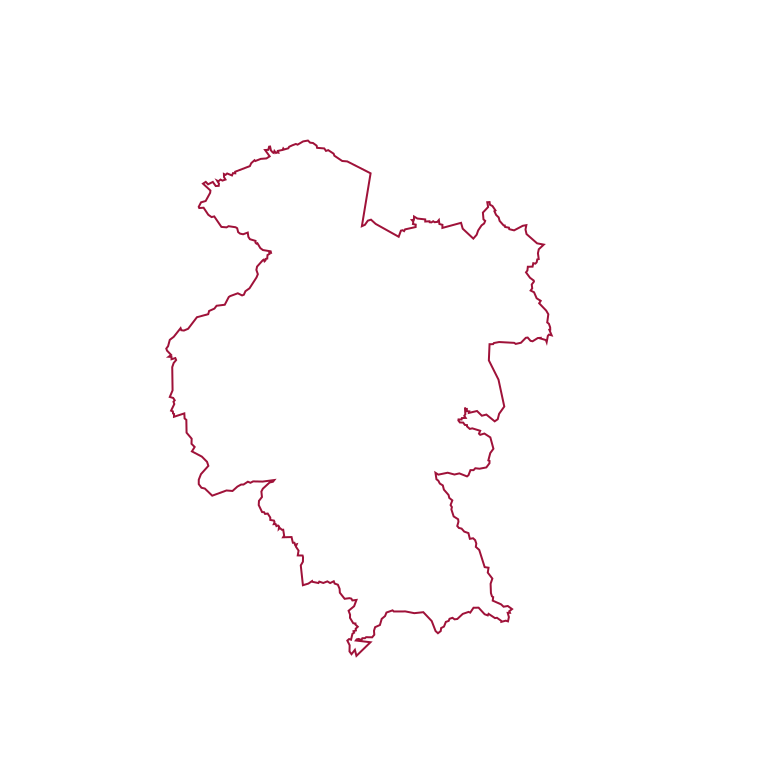 Casimiro Castillo, Jalisco, Mexico (orthographic projection), rotated 147°
{"feature_id": "50627088B6848821284294", "entity_name": "Casimiro Castillo", "entity_type": "district", "adm_level": 2, "iso_a3": "MEX", "parent_name": "Mexico", "parent_adm1": "Jalisco", "projection": "orthographic", "projection_center": [-104.478, 19.614], "detail": "fine", "context": "isolated", "style": "outline", "palette": "rose", "viewbox_px": 768, "rotation_deg": 147, "n_neighbors": 0, "source": "geoboundaries", "source_scale": "gbopen_adm2", "svg_char_len": 6154}
<svg xmlns="http://www.w3.org/2000/svg" viewBox="0 0 768 768"><g transform="rotate(147 384 384)"><path d="M409.3,117.4L406.2,120.5L404.9,124.7L403.0,123.5L402.7,125.2L399.2,125.5L401.1,130.4L405.0,132.1L405.8,135.4L410.8,143.1L408.5,145.8L409.1,147.1L408.2,150.4L403.4,158.4L399.1,161.8L399.7,169.3L396.4,173.0L399.3,175.6L394.5,193.0L395.7,197.4L393.5,199.9L392.6,203.4L393.3,206.1L396.3,207.4L394.4,213.0L397.1,216.5L397.7,220.5L399.6,222.5L399.9,225.0L396.6,227.9L395.5,230.2L397.7,235.0L395.8,242.1L394.1,243.8L394.1,246.2L390.1,249.2L391.3,252.9L390.3,255.8L391.3,262.8L389.9,266.9L391.4,270.1L391.1,273.4L391.9,275.5L389.2,281.5L387.8,278.4L378.9,274.9L374.2,269.7L369.5,268.0L364.7,261.3L362.8,261.5L358.4,264.7L355.8,263.0L353.3,263.6L350.0,260.9L343.6,258.3L338.7,260.1L337.4,262.0L338.1,263.1L332.5,268.2L327.5,270.1L323.9,281.3L326.8,287.8L331.0,289.0L331.4,290.6L328.8,292.4L334.1,298.7L336.5,299.6L337.5,303.2L336.8,304.3L338.5,305.7L338.6,308.5L341.3,310.4L341.5,312.9L340.8,313.7L338.3,312.0L337.3,313.0L334.0,311.1L334.0,313.6L332.3,314.3L328.9,320.2L329.2,318.7L328.1,318.0L329.3,316.0L327.4,314.6L328.5,313.5L320.7,310.7L319.2,304.1L314.8,302.6L311.5,292.4L307.8,292.5L303.7,296.3L295.4,299.6L285.6,325.3L283.2,346.7L273.8,359.9L270.8,358.0L269.5,358.5L264.6,356.5L252.4,347.6L251.7,345.9L246.7,344.0L239.9,345.5L238.2,344.7L237.6,340.4L236.1,338.9L230.0,338.8L227.7,337.5L228.2,337.2L224.3,332.7L224.8,330.5L220.4,335.1L218.8,335.6L216.9,333.5L215.8,339.4L215.0,339.0L213.8,341.0L212.9,344.7L213.6,346.7L208.2,353.0L208.0,357.3L209.9,367.2L207.3,368.4L209.3,372.7L208.2,379.2L210.1,382.5L207.6,383.5L205.9,387.0L202.5,388.2L202.1,389.2L203.7,393.6L204.1,400.3L201.9,401.1L199.5,404.0L195.5,401.5L193.0,404.0L191.5,402.5L189.7,402.9L187.6,405.0L186.2,404.5L183.7,409.8L180.8,412.7L174.1,413.9L179.0,418.6L182.8,432.1L181.2,436.5L178.1,439.7L181.4,441.1L191.2,442.0L194.6,445.6L194.1,447.1L196.9,449.7L196.4,451.2L197.3,451.8L198.2,457.8L197.1,461.3L197.9,464.8L197.3,468.8L196.0,468.8L196.1,474.2L197.5,476.6L196.4,479.1L198.4,480.2L200.3,475.7L207.7,473.9L210.9,467.9L210.3,465.7L212.6,464.1L215.8,463.9L221.4,461.5L225.0,458.7L229.9,457.3L233.4,471.4L231.6,477.2L250.0,483.1L248.3,485.7L250.4,488.0L248.7,491.6L251.0,490.9L253.5,492.2L254.1,493.7L256.2,493.7L257.6,494.8L257.2,495.7L260.9,497.8L259.8,499.6L265.9,504.6L267.6,508.1L269.5,505.4L271.3,506.3L271.0,504.2L272.6,502.4L270.6,500.4L272.0,498.4L282.1,502.2L283.9,501.3L284.6,502.8L286.3,503.4L291.5,499.5L303.8,522.8L305.4,528.9L308.6,529.8L313.3,527.9L316.6,528.4L280.5,568.0L293.6,590.7L297.6,593.8L301.3,602.5L300.8,604.6L303.4,610.5L305.7,611.1L305.8,614.1L311.5,618.5L310.7,620.6L312.3,624.8L314.5,626.6L315.2,629.6L319.7,631.5L326.1,631.8L327.2,633.3L330.8,634.1L334.3,634.6L335.9,633.8L340.1,635.1L340.2,636.4L341.5,635.5L346.0,637.3L346.6,635.5L348.2,637.0L348.7,635.8L349.0,639.1L350.6,637.8L351.2,638.8L351.6,641.5L350.2,645.2L351.1,645.6L353.5,643.4L356.3,645.0L355.9,637.2L359.7,637.2L364.7,639.9L370.5,641.1L370.7,642.2L375.1,641.5L377.8,639.8L393.2,643.1L394.0,641.7L395.8,643.1L397.9,641.7L400.9,646.0L403.0,645.7L403.9,647.3L405.5,644.6L405.6,641.8L408.7,642.6L409.8,644.5L412.5,644.2L413.2,645.4L413.3,641.9L414.7,640.2L417.3,641.7L417.5,646.7L422.8,647.3L423.4,650.6L426.7,650.6L424.2,640.8L425.7,639.0L433.9,634.6L438.5,636.0L442.9,633.5L443.1,632.2L439.3,630.1L439.2,621.6L437.7,617.9L435.1,617.0L434.8,604.3L430.7,601.1L428.4,601.0L423.1,596.3L422.3,594.6L423.6,590.8L422.8,588.5L420.6,586.3L415.8,585.2L417.6,581.3L417.6,578.5L413.8,574.0L414.8,572.6L414.5,571.1L413.5,571.0L413.7,565.3L412.6,562.3L406.8,557.0L407.3,555.6L408.7,556.5L409.1,555.5L411.5,555.6L413.6,552.8L414.9,553.3L416.2,552.2L417.4,552.0L417.1,553.8L418.3,553.8L426.5,551.6L428.9,549.2L430.0,544.8L432.9,542.8L444.7,537.5L449.7,537.3L452.9,535.2L454.8,535.6L457.2,539.7L465.1,541.5L466.8,541.5L474.4,537.2L481.8,540.8L485.2,539.6L490.9,540.5L493.4,538.3L504.5,541.9L518.2,537.0L522.7,537.8L524.7,539.5L524.2,541.6L534.6,538.1L539.6,537.7L544.5,533.3L547.3,532.3L547.8,530.2L546.7,524.3L549.7,524.1L547.5,522.5L548.7,520.5L544.9,519.4L545.3,517.3L548.9,516.2L552.4,513.5L564.8,493.8L570.7,489.8L568.4,487.1L568.4,484.3L570.2,483.8L570.8,481.4L577.1,477.6L576.0,476.0L577.0,474.2L576.4,473.2L578.0,470.9L567.5,468.1L570.0,463.7L569.3,461.6L576.1,450.7L575.1,442.9L578.0,438.7L577.1,434.3L581.8,432.1L576.3,422.3L574.8,415.1L575.9,411.0L586.6,408.1L591.5,404.6L593.9,400.9L593.6,396.4L591.2,393.9L588.9,383.9L574.1,380.5L569.3,376.8L562.8,377.8L558.6,377.5L556.6,376.2L551.4,376.2L549.8,373.9L546.8,373.6L539.0,368.3L528.3,363.2L530.4,362.5L533.6,363.7L542.6,362.2L545.4,360.6L547.9,355.7L552.5,354.1L555.0,350.7L556.0,343.0L554.4,341.8L554.5,339.8L552.1,338.7L552.1,334.0L553.4,331.9L550.7,329.4L551.0,327.8L552.8,326.5L551.2,325.6L551.6,323.4L550.0,323.1L549.6,321.7L551.2,319.7L549.8,320.0L549.0,317.3L547.9,316.7L550.3,311.3L552.1,310.4L544.9,306.0L546.9,300.5L545.6,299.7L546.2,297.6L544.5,297.1L546.5,295.7L546.4,290.8L549.7,287.2L545.7,284.5L546.2,282.9L548.8,279.1L552.6,277.2L561.6,259.4L556.1,257.8L551.6,257.9L551.8,257.1L547.4,252.8L545.9,253.5L543.3,250.2L539.0,249.3L537.6,246.4L533.6,245.9L534.1,243.5L532.0,240.8L532.8,236.4L534.7,233.0L534.0,225.3L529.6,223.2L528.3,221.8L528.4,219.7L524.7,217.9L530.1,213.9L537.2,213.1L538.1,209.0L539.9,206.4L540.1,200.1L538.4,198.7L539.0,198.0L538.2,194.7L541.0,194.2L541.8,192.6L544.2,193.3L544.5,191.7L546.5,191.7L550.9,187.5L552.2,189.1L554.5,188.8L555.1,183.6L558.6,178.5L558.4,175.1L553.2,176.9L555.2,171.0L536.0,174.8L547.3,184.2L546.0,184.7L544.1,184.0L542.3,181.6L540.6,182.6L538.5,181.2L536.9,181.4L531.9,178.0L528.7,179.0L526.8,182.5L523.9,184.9L518.7,184.1L513.8,188.3L509.5,188.8L506.4,191.0L500.1,189.5L499.7,187.9L489.9,181.6L483.4,175.3L475.3,171.2L473.1,159.2L475.3,148.7L474.5,145.6L471.0,145.9L469.0,148.2L465.8,147.9L461.7,150.8L458.8,150.1L456.9,151.4L453.9,150.6L453.0,148.2L450.5,147.0L443.2,148.3L437.2,146.8L436.2,145.3L430.8,147.6L426.5,144.9L425.0,136.1L423.0,133.4L421.5,134.3L418.4,127.2L416.6,126.4L414.6,121.3L415.1,120.6L410.8,119.2L409.3,117.4Z" fill="none" stroke="#9f1239" stroke-width="2"/></g></svg>